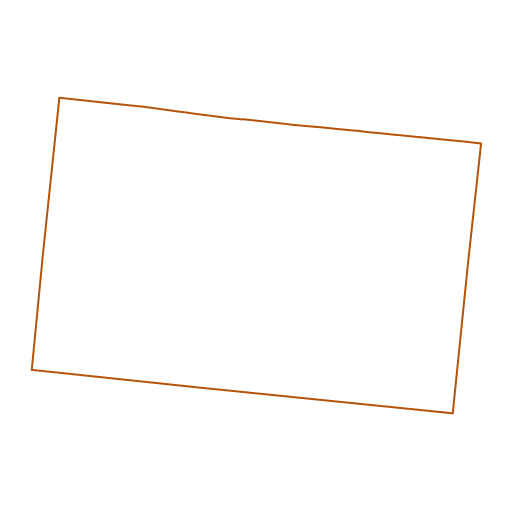 the district of Lafayette, Wisconsin, United States of America, rotated 186°
{"feature_id": "52423323B65148542949332", "entity_name": "Lafayette", "entity_type": "district", "adm_level": 2, "iso_a3": "USA", "parent_name": "United States of America", "parent_adm1": "Wisconsin", "projection": "robinson", "projection_center": [-90.154, 42.66], "detail": "fine", "context": "isolated", "style": "outline", "palette": "amber", "viewbox_px": 512, "rotation_deg": 186, "n_neighbors": 0, "source": "geoboundaries", "source_scale": "gbopen_adm2", "svg_char_len": 578}
<svg xmlns="http://www.w3.org/2000/svg" viewBox="0 0 512 512"><g transform="rotate(186 256 256)"><path d="M43.9,120.1L44.4,275.0L43.9,391.4L58.6,391.6L84.0,391.4L86.0,391.4L89.8,391.4L132.2,391.1L154.5,391.0L157.0,390.8L158.6,390.9L168.7,391.2L170.5,391.0L190.3,390.8L202.6,390.8L220.3,390.5L232.7,390.3L248.1,390.5L282.6,390.7L284.1,390.4L298.0,390.3L337.6,391.2L338.8,391.4L351.6,391.6L353.1,391.7L361.4,392.0L361.9,392.0L383.3,392.7L403.7,392.6L404.1,392.6L468.1,392.8L468.1,235.2L467.1,119.3L298.3,119.2L43.9,120.1Z" fill="none" stroke="#b45309" stroke-width="2"/></g></svg>